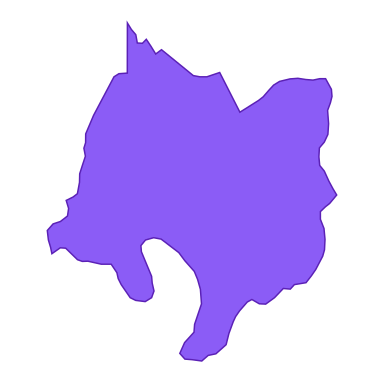 Salto Grande, São Paulo, Brazil
{"feature_id": "56859067B35087059302473", "entity_name": "Salto Grande", "entity_type": "district", "adm_level": 2, "iso_a3": "BRA", "parent_name": "Brazil", "parent_adm1": "São Paulo", "projection": "natural_earth1", "projection_center": [-49.963, -22.873], "detail": "fine", "context": "isolated", "style": "filled", "palette": "violet", "viewbox_px": 384, "rotation_deg": 0, "n_neighbors": 0, "source": "geoboundaries", "source_scale": "gbopen_adm2", "svg_char_len": 1579}
<svg xmlns="http://www.w3.org/2000/svg" viewBox="0 0 384 384"><path d="M51.9,253.7L60.3,247.8L65.7,248.2L77.5,259.7L82.3,261.4L87.9,261.2L101.3,264.2L111.2,264.2L116.9,272.7L118.2,278.6L121.2,284.6L130.2,297.7L135.7,300.4L145.2,301.6L151.6,297.7L154.0,291.0L152.2,283.1L151.6,276.3L144.7,259.7L141.4,251.7L140.9,245.6L145.5,240.0L153.7,237.7L161.1,239.1L178.8,252.6L184.9,260.8L194.3,271.4L197.6,279.4L200.4,289.3L201.5,303.9L194.6,324.3L194.0,332.2L184.6,342.6L179.8,353.4L184.9,359.1L192.3,359.7L201.8,361.0L208.2,355.4L215.9,353.8L226.1,344.7L228.9,333.5L233.2,321.8L235.6,316.6L239.6,310.8L247.3,302.0L251.9,299.5L259.3,303.8L265.7,304.1L274.5,297.7L283.3,288.5L290.3,289.1L294.4,284.6L306.0,282.7L311.4,275.8L315.8,269.4L322.7,256.2L324.5,249.8L325.0,239.4L324.0,228.5L320.4,219.3L320.4,211.6L325.5,206.7L329.7,203.4L336.7,195.0L333.0,188.8L328.9,181.2L324.3,171.1L319.7,165.4L318.9,156.8L319.4,147.9L324.3,142.1L327.9,134.4L328.6,123.7L327.6,110.4L330.4,102.8L332.0,96.4L331.4,89.3L325.6,78.7L319.7,78.7L313.0,80.1L305.7,79.5L297.9,78.3L290.0,78.9L279.6,81.4L273.6,85.1L269.1,90.0L263.1,96.9L258.3,100.6L252.6,104.2L239.9,112.2L219.7,72.5L206.9,76.8L199.9,76.8L193.3,75.6L161.5,49.7L155.7,54.0L150.9,46.2L146.3,39.3L142.4,43.3L137.3,43.0L135.8,34.7L131.4,29.5L127.4,23.0L127.3,73.1L118.9,73.7L114.0,76.8L93.6,115.3L85.7,133.9L85.6,142.7L83.9,148.2L85.4,156.2L82.5,165.0L79.7,173.8L79.5,182.4L77.4,193.7L73.1,197.0L66.2,200.4L68.6,208.4L67.5,216.0L60.4,221.5L53.1,223.9L47.3,230.5L48.4,240.0L50.6,247.4L51.9,253.7Z" fill="#8b5cf6" stroke="#5b21b6" stroke-width="1.5"/></svg>